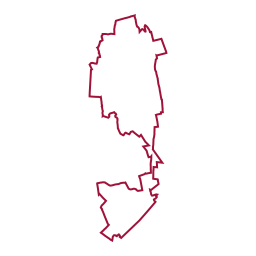 Perieni, Vaslui, Romania (orthographic projection)
{"feature_id": "2599482B28911022909883", "entity_name": "Perieni", "entity_type": "district", "adm_level": 2, "iso_a3": "ROU", "parent_name": "Romania", "parent_adm1": "Vaslui", "projection": "orthographic", "projection_center": [27.615, 46.258], "detail": "fine", "context": "isolated", "style": "outline", "palette": "rose", "viewbox_px": 256, "rotation_deg": 0, "n_neighbors": 0, "source": "geoboundaries", "source_scale": "gbopen_adm2", "svg_char_len": 5661}
<svg xmlns="http://www.w3.org/2000/svg" viewBox="0 0 256 256"><path d="M121.2,237.9L139.2,220.7L140.2,219.6L148.0,210.7L154.4,203.2L155.3,202.1L155.2,202.0L155.4,201.7L154.3,200.7L153.9,199.8L153.9,199.5L154.1,199.4L155.8,198.3L156.3,197.6L156.8,197.0L156.0,196.1L157.2,194.6L156.2,194.4L154.0,195.1L152.8,195.6L152.6,195.6L152.1,195.4L151.9,195.5L151.8,195.4L151.6,195.1L151.5,194.9L151.2,194.4L150.6,191.4L150.3,191.2L150.0,189.6L150.5,189.8L151.3,189.8L156.2,185.9L157.2,185.2L158.6,184.0L158.6,183.9L158.4,183.5L158.3,182.5L158.0,181.3L157.9,180.5L157.8,179.9L157.8,179.5L157.4,179.3L154.3,178.9L153.2,178.7L153.3,176.0L153.3,172.9L153.4,170.1L153.5,170.0L153.6,167.0L157.1,167.3L156.8,162.1L162.3,162.7L152.9,149.5L153.0,149.4L153.0,149.2L153.0,148.1L153.0,147.5L153.0,147.1L152.9,146.8L153.1,146.2L153.3,144.6L153.4,141.8L153.5,139.2L154.1,136.7L154.3,135.1L154.3,134.8L154.5,134.3L154.4,133.0L154.6,127.1L158.0,126.7L157.4,121.9L156.2,115.9L155.9,115.0L156.5,114.8L156.8,114.6L161.0,113.7L160.9,112.3L162.8,112.2L162.6,110.3L162.6,108.8L162.4,106.0L161.9,99.5L161.8,99.4L161.4,99.3L161.1,97.7L161.0,97.3L160.5,94.4L160.1,91.9L159.9,91.2L159.4,87.7L158.4,84.1L158.2,82.6L158.1,81.5L158.0,81.0L157.8,79.6L157.7,79.3L157.8,78.8L157.4,77.6L156.9,75.6L156.6,74.6L156.4,73.6L156.3,72.9L156.0,71.4L155.5,70.9L155.0,69.3L154.8,66.2L155.1,64.0L155.6,61.3L155.8,59.6L155.9,59.4L156.5,59.0L157.0,58.4L156.5,55.4L156.7,55.5L157.1,55.4L166.4,53.0L166.2,51.9L165.8,50.8L163.1,43.5L161.4,38.8L157.1,39.9L153.3,40.8L151.9,35.0L151.4,33.1L151.2,32.0L150.2,32.3L150.0,32.2L149.5,30.4L147.3,27.0L145.9,25.7L145.3,25.2L145.1,25.2L145.0,25.3L144.9,25.8L144.7,26.2L144.6,26.5L144.7,27.0L145.6,31.3L145.5,31.6L145.2,31.6L144.7,31.3L144.0,30.2L143.6,29.8L142.6,29.1L142.0,29.2L139.6,31.9L139.4,29.5L139.2,28.8L138.9,28.2L138.2,27.2L137.7,26.9L137.3,26.8L137.2,26.7L136.5,24.8L135.8,21.3L135.8,20.7L135.7,19.9L134.8,17.3L134.6,16.1L134.7,15.4L131.5,16.3L130.5,16.5L130.2,16.8L126.4,17.9L126.1,17.9L124.5,18.3L123.0,18.8L122.6,18.8L122.1,19.0L118.5,20.0L117.3,20.4L116.8,20.5L115.9,20.8L115.5,22.6L115.3,24.4L114.9,25.2L114.7,26.1L114.7,26.4L114.2,29.6L114.3,30.4L114.4,34.1L111.6,33.8L110.4,33.8L108.3,34.3L107.5,34.3L106.8,34.1L105.3,34.0L103.6,34.0L102.6,34.0L102.5,34.9L102.4,35.1L102.2,35.3L102.1,35.7L101.7,35.9L101.7,36.0L101.7,36.4L101.6,36.8L101.7,37.0L101.7,37.4L101.8,37.6L102.1,37.9L102.1,38.4L102.4,38.9L102.3,39.4L102.5,39.8L102.6,40.3L102.4,40.5L102.0,40.5L101.3,41.0L101.0,41.0L100.8,41.2L100.5,41.2L100.0,41.5L99.9,42.1L100.1,42.3L99.7,43.0L99.5,44.1L99.3,44.5L99.2,44.6L99.1,45.2L98.8,45.7L98.6,46.6L98.2,46.7L97.9,47.5L97.3,47.7L97.8,48.4L98.1,49.1L98.2,49.6L98.4,50.1L98.5,50.6L98.9,51.2L98.9,52.0L99.0,52.5L98.9,52.7L99.0,52.9L98.8,53.1L99.1,53.6L99.4,53.8L99.5,54.3L99.5,54.9L99.6,55.2L99.8,55.4L100.0,55.9L100.0,56.2L100.1,57.0L97.8,57.5L97.6,58.3L97.5,59.0L97.3,60.8L97.1,62.4L96.9,62.7L96.6,63.7L94.8,63.5L92.7,62.9L91.8,63.0L91.4,62.9L91.1,63.0L89.6,64.6L91.9,69.3L91.3,69.4L91.2,69.5L91.0,69.8L91.0,70.0L90.0,87.6L89.7,93.0L89.7,94.0L89.6,94.6L89.6,95.9L89.6,96.4L93.4,96.7L95.7,96.8L96.8,96.9L98.5,96.9L100.0,97.2L100.5,97.1L100.8,96.9L100.9,97.4L100.9,97.8L101.2,99.0L101.2,100.0L101.5,101.5L101.6,102.7L101.6,103.3L101.8,104.5L102.0,105.0L101.9,105.1L102.1,106.4L102.0,106.5L102.0,106.9L101.9,106.9L102.1,107.5L102.1,107.9L102.3,108.7L102.3,108.9L102.4,109.6L102.5,109.9L102.5,110.1L102.7,110.5L102.8,111.4L102.6,112.0L102.5,112.3L102.5,113.0L102.5,113.5L102.8,114.7L102.7,116.2L103.0,116.0L103.3,116.0L104.3,116.4L108.3,117.7L109.0,117.0L109.3,116.5L109.4,116.1L109.1,115.5L109.0,114.9L109.8,113.8L110.3,113.4L112.9,112.7L114.2,112.2L115.2,113.4L115.5,113.7L115.8,113.7L116.2,114.5L115.6,115.4L115.2,115.9L115.5,117.0L116.7,117.6L117.4,118.5L117.5,118.9L117.4,119.2L117.5,119.3L117.5,120.2L117.5,120.6L117.3,121.5L117.3,122.1L117.7,125.3L117.9,128.4L118.1,128.5L118.5,129.5L118.8,130.4L120.1,133.1L120.4,133.7L123.3,135.3L123.6,135.2L124.8,133.3L125.0,133.1L125.6,132.7L125.8,132.7L126.8,133.3L129.3,134.3L129.5,134.1L130.8,131.9L132.6,131.3L132.8,131.4L134.6,133.0L137.8,135.5L139.2,136.6L139.5,136.7L140.3,135.6L141.0,134.9L145.2,141.6L148.9,145.4L143.3,146.5L146.6,150.7L147.9,155.2L148.6,157.2L150.6,156.8L151.0,156.7L151.3,156.3L151.3,157.8L151.2,160.0L150.9,161.5L150.6,164.3L150.7,164.7L150.7,166.3L150.8,167.6L150.7,169.2L150.9,169.9L150.8,170.2L150.9,171.9L150.9,172.8L149.8,172.9L146.5,173.6L146.1,173.6L145.4,173.3L145.1,173.7L144.7,174.1L140.8,175.5L139.1,176.1L139.3,176.8L140.3,179.4L142.3,190.2L141.1,190.4L137.9,190.9L137.6,190.8L136.6,190.1L136.4,189.8L135.9,189.2L134.6,188.8L133.7,188.7L132.1,189.2L130.8,189.4L130.3,189.4L129.4,189.1L128.6,188.6L127.8,187.0L126.3,184.3L125.4,182.5L124.5,182.8L123.3,182.7L120.8,183.1L118.5,184.1L117.3,184.2L115.3,184.5L114.4,184.7L112.1,185.4L110.4,185.6L110.1,185.6L109.4,185.3L108.5,184.8L106.9,183.7L105.4,182.8L104.9,182.4L102.7,182.3L102.1,182.4L101.2,182.6L100.5,182.6L98.8,183.0L97.4,183.2L97.2,183.3L97.2,183.9L97.4,185.1L98.0,188.9L98.8,194.7L99.5,194.0L103.1,198.0L106.0,200.8L103.4,203.9L102.0,205.2L101.4,206.0L101.2,206.6L100.8,207.6L102.1,209.2L102.2,209.5L102.0,209.8L103.0,211.8L104.8,216.5L107.6,223.3L108.0,224.1L108.8,224.9L105.5,228.4L104.5,229.2L103.7,230.1L100.9,232.7L103.2,234.3L105.4,236.0L109.4,238.7L109.9,239.2L110.1,239.3L110.8,239.8L112.2,240.6L112.3,240.3L112.8,236.8L113.6,235.6L113.9,235.3L114.7,235.2L115.7,235.4L115.8,235.4L115.9,235.6L116.1,235.9L116.8,236.2L118.7,234.4L118.9,234.4L119.3,235.0L119.7,235.3L119.8,235.5L119.8,236.0L120.1,236.6L120.0,236.9L119.9,237.0L120.4,237.4L120.7,237.4L121.2,237.9Z" fill="none" stroke="#9f1239" stroke-width="2"/></svg>